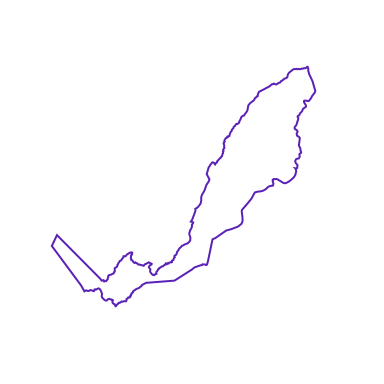 the district of Akrahreppur, Norðurland vestra, Iceland, rotated 71°
{"feature_id": "244011B74034306834774", "entity_name": "Akrahreppur", "entity_type": "district", "adm_level": 2, "iso_a3": "ISL", "parent_name": "Iceland", "parent_adm1": "Norðurland vestra", "projection": "orthographic", "projection_center": [-18.727, 65.238], "detail": "fine", "context": "isolated", "style": "outline", "palette": "violet", "viewbox_px": 384, "rotation_deg": 71, "n_neighbors": 0, "source": "geoboundaries", "source_scale": "gbopen_adm2", "svg_char_len": 6046}
<svg xmlns="http://www.w3.org/2000/svg" viewBox="0 0 384 384"><g transform="rotate(71 192 192)"><path d="M188.8,333.7L197.4,342.1L244.2,327.3L250.9,326.1L250.5,324.1L251.7,322.7L251.9,322.0L251.8,320.6L251.6,320.3L251.8,319.6L253.6,317.4L253.8,317.0L253.3,316.3L252.5,315.9L252.8,315.3L252.6,314.7L253.1,313.9L252.7,312.9L252.7,311.8L253.3,311.0L255.1,310.4L259.2,310.2L260.4,311.0L261.6,311.4L262.6,311.3L265.6,309.9L266.5,309.0L266.9,307.9L266.1,306.6L266.0,305.9L266.1,305.0L267.2,303.6L267.8,303.3L267.7,302.8L268.1,302.3L268.6,302.1L268.9,302.7L269.7,302.7L270.3,303.1L271.3,303.1L272.6,302.2L272.8,301.7L275.1,301.5L275.1,300.9L274.2,299.9L273.8,299.1L273.8,298.6L272.9,297.4L272.9,296.9L273.2,296.6L273.1,296.2L273.2,295.5L272.7,294.6L272.6,294.1L273.0,293.8L273.2,293.3L273.1,291.8L273.7,290.5L273.8,289.8L273.6,289.5L271.8,288.7L271.7,288.2L271.8,287.9L271.7,287.5L271.1,286.9L270.9,286.5L271.5,285.3L271.3,284.9L270.4,284.4L270.4,283.9L270.1,283.4L269.4,283.4L269.0,283.1L268.6,282.2L268.1,282.0L267.8,280.6L266.6,279.9L266.1,277.7L265.9,277.5L265.8,276.8L265.6,276.2L265.5,274.0L265.4,272.9L264.8,271.9L264.7,270.9L264.5,270.4L263.7,269.8L262.9,264.5L263.2,264.0L270.1,237.4L265.3,217.4L264.1,214.2L264.1,207.3L264.4,206.5L264.4,206.2L263.8,205.6L264.7,203.5L265.2,202.7L265.6,202.5L265.8,202.1L265.2,201.2L262.4,199.3L243.4,188.0L243.2,185.1L239.5,171.9L239.7,170.6L239.9,166.9L239.7,160.5L239.5,159.1L238.1,155.5L237.3,154.6L235.6,153.5L232.3,152.5L226.5,151.3L225.2,150.6L221.7,144.5L217.6,137.9L212.9,132.8L213.0,130.5L213.1,129.4L213.7,127.1L213.9,125.3L213.8,123.7L213.4,121.5L212.9,120.3L212.3,119.1L211.8,117.8L211.8,116.6L212.0,115.8L211.8,115.2L212.1,114.5L212.3,113.4L210.5,112.2L208.9,112.4L207.5,111.7L207.0,111.9L206.3,110.8L206.6,110.4L206.7,109.7L207.0,108.9L207.1,108.1L208.0,106.9L213.1,102.7L213.6,102.0L214.1,100.9L214.1,99.9L213.6,96.7L212.6,93.9L211.4,91.2L209.7,88.9L206.3,86.7L204.5,86.5L204.2,86.2L203.3,86.6L203.6,86.1L203.5,85.8L203.7,85.1L203.5,84.7L200.9,83.5L198.2,84.5L196.4,84.4L194.9,83.0L194.8,81.7L195.0,80.1L194.9,80.0L193.6,78.6L191.3,78.2L191.0,77.9L190.5,76.1L190.0,75.8L188.3,75.9L186.1,75.4L182.9,75.8L176.1,72.5L175.1,72.7L172.8,74.4L170.6,73.9L169.5,72.7L168.9,72.4L167.7,72.8L165.7,74.3L164.3,73.9L163.6,73.2L163.1,72.1L162.5,71.4L157.3,67.6L156.8,67.4L155.3,67.7L154.7,67.3L154.5,66.9L154.4,65.7L154.1,65.3L152.9,64.4L151.6,61.8L149.4,59.8L148.8,57.2L148.2,56.3L147.2,56.1L143.8,56.8L142.4,56.5L142.3,56.1L142.3,55.4L143.7,52.8L143.9,52.0L143.7,51.4L141.9,48.7L140.5,47.4L138.3,44.0L136.7,42.5L126.3,42.0L118.9,42.8L115.0,42.6L113.8,42.0L111.3,41.9L111.2,42.8L111.9,44.0L111.8,44.9L111.4,45.7L111.5,47.0L111.1,47.7L111.2,49.4L111.0,50.1L110.3,51.0L110.3,52.4L109.6,53.1L109.4,54.4L108.9,56.1L110.7,61.2L111.4,62.3L112.3,63.2L114.6,64.6L115.0,66.5L115.0,67.8L116.1,70.7L116.1,71.6L117.1,73.0L117.2,73.4L117.0,74.3L117.3,75.6L117.6,76.5L117.7,77.3L117.5,77.9L116.2,79.3L116.1,79.5L116.4,80.0L116.2,81.2L116.4,82.2L117.3,84.1L119.1,96.0L120.7,97.7L122.8,98.7L122.7,99.6L123.4,100.5L123.6,101.7L125.4,103.5L126.9,108.1L128.5,110.6L132.7,112.9L133.7,113.9L135.7,116.8L136.5,117.6L136.6,117.8L136.5,118.9L136.8,120.1L137.5,121.3L138.7,122.1L141.0,124.6L141.8,124.8L142.5,126.8L142.1,127.5L142.1,128.0L142.5,128.7L143.4,129.6L144.0,131.3L145.1,132.1L146.2,134.1L147.2,134.6L147.7,135.7L149.4,137.3L151.2,138.4L151.2,139.2L151.0,140.4L151.3,140.7L151.9,140.6L152.1,142.6L152.5,142.9L153.3,144.0L154.1,144.8L155.1,144.7L155.7,145.9L156.4,146.0L156.7,146.4L158.4,146.3L160.1,147.1L160.8,147.0L162.1,148.8L163.5,148.8L164.0,149.7L165.4,149.9L166.0,150.8L167.8,151.9L168.6,153.6L169.2,154.0L169.3,154.8L170.2,156.5L170.7,157.1L171.1,158.2L172.1,158.7L172.4,159.9L173.5,161.2L172.9,161.5L172.1,161.4L171.1,162.1L171.0,162.6L170.6,163.2L171.9,165.2L172.1,165.7L173.2,166.8L174.1,168.2L179.9,172.3L185.5,171.4L186.7,172.0L187.7,173.1L190.2,176.3L193.4,178.7L195.4,180.5L197.2,182.7L198.6,184.1L200.4,185.2L202.8,185.9L205.4,187.4L206.3,188.4L208.2,191.3L208.8,193.0L208.9,194.3L211.1,195.0L218.2,200.8L219.6,202.7L221.1,200.8L222.0,201.4L223.0,202.8L224.3,203.1L226.4,204.6L227.6,206.3L228.7,206.9L229.9,207.9L231.1,208.3L234.7,208.4L237.1,209.4L238.4,211.0L238.6,212.0L239.1,212.6L239.2,213.1L239.1,214.4L239.3,216.4L239.6,217.6L239.6,218.8L240.0,219.8L240.6,220.5L240.9,221.6L241.6,222.8L242.5,223.6L244.0,225.9L245.2,226.4L246.2,227.5L246.4,228.8L246.6,229.3L247.1,229.6L248.2,229.6L248.6,230.7L250.2,231.7L250.4,233.3L251.8,233.8L251.9,234.2L251.4,235.0L251.5,235.8L251.4,236.6L252.0,237.4L251.4,237.9L251.3,238.2L252.2,239.4L252.1,239.7L251.3,239.8L251.0,240.1L251.7,240.7L252.1,241.5L252.1,242.2L252.8,243.5L252.6,244.4L252.6,244.7L252.9,246.0L253.2,246.4L253.2,247.6L254.0,248.4L254.1,249.4L255.0,250.0L256.2,251.9L257.8,252.3L257.7,253.3L258.3,254.5L258.3,254.9L257.7,255.4L257.7,255.9L257.0,256.5L254.5,257.4L253.5,257.5L251.5,256.5L250.0,257.1L248.9,257.2L248.7,257.1L248.0,256.2L247.3,254.9L247.3,254.6L247.5,254.4L247.4,253.9L246.9,253.5L246.2,254.2L245.8,254.3L245.7,254.7L245.1,255.1L244.8,255.7L244.4,256.0L244.7,257.5L245.0,258.7L244.9,259.3L245.1,260.3L246.0,261.7L245.7,261.9L244.9,263.4L244.6,263.6L243.9,264.8L243.5,265.1L243.5,265.7L243.0,266.4L242.5,266.8L241.6,267.0L241.0,268.0L240.1,268.5L240.3,269.5L240.2,269.6L239.0,270.3L237.8,270.5L236.5,271.2L236.3,271.6L235.5,271.3L235.0,271.5L233.4,270.7L232.5,270.6L231.8,269.8L231.7,269.1L229.9,268.3L229.5,268.6L229.5,269.8L229.1,270.1L229.5,272.1L229.7,272.3L229.6,273.0L230.1,274.2L231.1,275.7L230.9,276.6L230.6,277.0L230.4,277.6L231.2,278.0L231.8,279.0L232.2,279.2L232.8,280.5L233.6,281.1L233.7,282.7L234.0,283.2L234.5,283.5L235.4,284.9L236.2,285.5L236.6,286.2L237.8,286.8L238.4,287.7L238.7,288.8L238.7,289.4L239.1,290.0L242.1,290.9L242.4,291.8L243.5,292.6L243.5,294.0L243.8,295.6L243.6,297.0L243.7,298.1L244.0,298.5L245.1,298.7L245.8,299.6L246.8,299.9L247.2,300.3L247.9,301.8L248.3,302.2L248.0,303.2L248.0,304.2L246.6,304.3L246.4,305.3L246.5,306.2L243.9,307.1L188.8,333.7Z" fill="none" stroke="#5b21b6" stroke-width="2"/></g></svg>